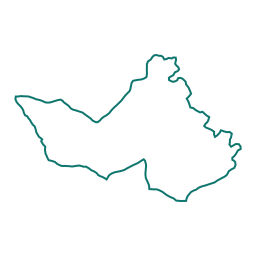 São Joaquim da Barra, São Paulo, Brazil (Mercator projection)
{"feature_id": "56859067B83817262349293", "entity_name": "São Joaquim da Barra", "entity_type": "district", "adm_level": 2, "iso_a3": "BRA", "parent_name": "Brazil", "parent_adm1": "São Paulo", "projection": "mercator", "projection_center": [-47.939, -20.54], "detail": "fine", "context": "isolated", "style": "outline", "palette": "teal", "viewbox_px": 256, "rotation_deg": 0, "n_neighbors": 0, "source": "geoboundaries", "source_scale": "gbopen_adm2", "svg_char_len": 2980}
<svg xmlns="http://www.w3.org/2000/svg" viewBox="0 0 256 256"><path d="M152.7,56.6L150.8,59.5L148.0,61.4L146.9,64.2L146.9,67.1L146.8,69.8L147.0,72.7L146.8,74.7L146.5,77.0L144.2,78.5L141.1,79.5L137.5,79.9L133.0,80.8L131.6,83.0L130.9,86.3L130.4,89.0L129.7,90.9L125.3,95.5L122.7,98.8L121.2,100.8L117.8,104.1L116.4,105.5L114.3,107.3L111.5,110.2L109.2,113.2L106.6,115.2L103.8,116.8L101.7,118.4L99.8,120.6L97.8,122.1L95.8,122.2L92.5,120.5L90.7,118.5L86.5,115.5L82.4,112.5L79.6,111.6L76.6,110.6L73.0,109.6L70.9,108.5L68.5,105.7L63.8,102.3L62.6,100.8L60.8,99.7L58.5,99.9L52.3,101.8L49.8,102.5L47.3,102.6L45.1,102.3L42.6,101.1L39.4,99.9L36.1,99.3L33.7,98.2L28.7,96.5L26.8,96.4L24.7,96.3L20.4,96.1L18.0,96.5L15.8,96.5L15.4,99.2L16.6,102.0L18.0,103.8L19.5,105.3L20.9,106.7L22.2,108.5L23.2,110.2L23.9,112.9L25.1,115.3L27.3,116.3L28.4,118.2L29.9,119.9L31.3,122.4L32.8,124.7L34.7,126.4L35.4,128.5L35.9,130.3L36.3,132.2L37.3,134.0L38.9,136.7L42.2,139.3L41.2,141.2L43.0,144.3L45.2,146.6L45.0,150.0L45.6,153.8L46.7,156.0L47.5,158.0L48.7,160.2L52.1,161.0L54.9,161.9L57.3,164.0L59.6,165.1L61.3,165.9L64.9,166.0L68.6,166.1L72.1,166.5L75.6,166.0L78.9,165.5L81.3,166.0L83.3,166.7L86.1,166.7L89.2,168.5L91.1,170.1L94.3,171.5L96.7,173.1L98.1,175.0L100.3,176.2L102.3,176.9L104.2,177.9L106.6,179.4L107.7,177.5L109.2,175.2L111.5,173.6L114.5,172.3L121.0,171.0L124.2,170.0L127.1,168.3L129.6,167.0L134.3,164.6L137.4,163.3L139.3,162.1L141.4,160.7L143.7,159.3L145.0,160.8L145.7,163.2L146.1,165.4L145.4,173.9L145.8,177.9L147.1,180.8L149.0,185.2L149.4,189.1L153.3,189.3L156.9,189.4L159.1,190.2L162.7,192.0L165.0,193.8L166.6,195.0L169.4,196.6L173.8,198.5L176.2,200.6L180.8,201.0L186.1,200.9L186.6,198.5L187.4,196.5L189.0,194.4L190.9,192.1L193.7,190.5L196.0,189.8L197.7,188.4L199.5,187.3L201.7,186.5L203.6,185.9L205.6,185.4L208.9,184.3L212.0,183.3L214.9,182.3L216.9,180.8L219.4,179.4L222.1,177.9L224.0,177.0L226.6,175.2L227.8,173.2L228.9,171.1L231.4,169.4L234.3,167.9L235.5,165.1L235.3,162.3L234.0,160.7L232.4,159.9L232.3,157.7L234.3,156.1L235.7,154.3L236.9,152.2L237.9,150.4L240.6,149.1L240.6,146.6L238.9,144.2L235.8,144.0L233.4,145.4L231.1,146.7L229.4,144.4L229.9,142.5L229.9,139.6L231.0,137.5L231.8,133.7L229.5,131.9L227.0,132.2L224.4,131.5L220.9,130.3L219.8,132.6L217.4,135.2L215.0,136.9L214.1,134.6L214.1,131.7L211.3,129.8L207.9,128.3L206.0,127.6L204.2,125.9L205.6,123.7L207.2,122.3L208.2,120.5L209.2,117.0L207.0,115.8L205.1,114.2L202.5,111.8L200.0,112.4L195.7,110.1L193.3,108.1L190.4,107.5L189.5,104.8L188.7,102.3L187.8,100.5L186.7,98.6L188.9,96.5L191.1,93.7L189.7,90.1L188.4,87.3L186.1,84.5L185.6,81.7L183.5,79.6L182.0,78.4L180.1,77.9L178.1,78.2L177.3,80.1L175.5,81.2L173.3,81.8L171.4,81.3L169.1,80.1L168.9,77.8L170.6,76.6L173.2,75.3L175.0,72.2L177.7,71.1L179.1,69.3L178.3,67.2L176.5,65.6L175.2,63.9L175.5,62.0L176.1,59.9L175.7,57.6L173.2,57.5L171.6,58.5L168.7,57.9L166.8,58.9L164.3,59.5L162.9,56.9L161.1,55.8L159.2,55.8L156.2,55.0L154.2,55.4L152.7,56.6Z" fill="none" stroke="#0f766e" stroke-width="2"/></svg>